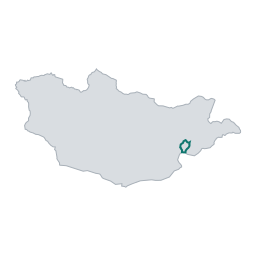 Bayandelger, Sühbaatar, Mongolia shown in context
{"feature_id": "93677404B18322501666911", "entity_name": "Bayandelger", "entity_type": "district", "adm_level": 2, "iso_a3": "MNG", "parent_name": "Mongolia", "parent_adm1": "Sühbaatar", "projection": "orthographic", "projection_center": [112.368, 45.634], "detail": "fine", "context": "in_parent", "style": "outline", "palette": "teal", "viewbox_px": 256, "rotation_deg": 0, "n_neighbors": 0, "source": "geoboundaries", "source_scale": "gbopen_adm2", "svg_char_len": 4116}
<svg xmlns="http://www.w3.org/2000/svg" viewBox="0 0 256 256"><path d="M16.8,82.0L17.6,82.2L19.0,81.6L19.6,80.4L20.2,79.8L23.1,80.3L24.3,81.1L24.7,80.4L25.0,80.3L25.5,81.2L26.2,81.1L26.8,81.0L27.5,80.1L28.4,80.6L30.4,80.0L31.0,78.0L31.8,77.8L33.4,77.8L33.8,77.0L34.2,76.9L35.4,76.9L37.5,76.5L38.5,76.6L39.4,76.0L41.4,75.3L44.1,75.5L44.5,74.9L47.3,73.8L49.8,74.4L50.9,73.0L51.3,72.9L52.5,75.2L53.3,75.2L53.8,74.5L54.8,74.8L54.9,76.2L55.4,76.9L62.7,79.2L62.8,79.7L62.5,82.9L63.6,84.6L63.7,85.3L65.9,85.6L66.8,87.0L68.6,87.3L69.5,87.9L71.5,87.2L71.9,87.3L72.3,87.9L73.3,87.7L74.7,89.1L76.1,89.2L76.6,89.7L77.4,89.5L79.2,90.2L80.4,92.1L81.4,92.2L82.8,91.3L83.3,90.7L85.2,90.6L86.3,90.1L87.1,89.5L88.6,87.3L89.2,84.9L88.4,84.4L87.8,83.4L87.6,82.0L87.7,81.1L87.2,79.6L87.4,78.9L88.1,77.8L88.7,75.9L89.5,74.9L90.8,74.6L91.1,73.8L92.1,72.5L94.2,71.9L95.5,70.5L96.4,68.9L97.2,69.9L99.4,71.5L101.3,72.4L102.4,73.8L106.0,74.7L111.5,78.4L112.8,78.5L116.2,80.1L116.4,80.6L116.1,82.8L116.3,83.4L116.1,85.8L116.6,87.1L116.2,88.5L116.5,89.0L117.4,89.3L118.6,90.9L121.7,92.4L122.6,93.4L124.8,94.3L126.0,94.1L127.8,94.5L128.5,94.4L129.9,93.4L130.7,93.1L135.1,92.7L136.3,92.0L137.1,91.9L140.4,93.0L142.7,94.2L146.1,94.4L147.5,95.7L148.1,97.0L149.4,98.1L154.1,98.8L154.3,99.1L154.1,101.6L154.3,102.0L157.2,104.9L158.6,105.8L163.0,105.9L169.7,107.9L171.3,107.4L172.8,108.3L173.3,108.2L177.8,106.0L178.4,106.2L183.0,105.3L185.9,104.2L188.1,104.3L189.9,103.2L190.6,101.3L193.4,99.0L198.4,96.0L201.5,96.4L203.3,97.3L205.2,99.3L206.3,99.8L208.4,99.9L211.2,98.4L212.7,98.7L214.1,99.2L215.1,100.2L211.1,111.0L211.1,111.7L209.7,113.9L209.6,117.5L207.8,118.8L208.1,120.8L208.6,121.6L210.7,123.5L211.4,123.2L211.9,122.4L213.0,121.6L215.1,121.7L216.9,121.2L219.1,121.8L221.3,123.3L224.0,119.5L226.7,118.9L229.3,119.2L231.4,121.5L233.8,122.4L234.5,123.7L235.5,124.2L235.8,124.9L238.9,127.4L239.6,129.2L240.5,130.4L240.6,131.8L240.5,132.5L239.4,133.3L235.3,133.3L232.9,132.2L232.1,133.0L229.0,132.9L227.3,133.6L226.1,134.2L225.5,135.1L224.9,135.4L224.4,135.4L223.5,134.7L222.6,134.8L222.4,135.0L222.0,137.3L219.4,137.4L218.5,137.2L216.3,138.4L216.0,139.3L214.9,140.5L213.9,142.8L214.2,143.8L213.9,144.4L212.0,145.8L210.1,147.7L206.2,148.5L204.4,148.7L203.0,148.3L201.7,148.7L200.7,150.7L198.1,153.3L194.4,155.8L187.6,154.4L186.8,154.0L185.4,152.5L181.4,152.4L180.3,153.4L179.3,155.0L177.6,159.9L179.1,162.7L180.9,164.6L181.6,165.9L181.6,167.0L180.4,167.5L178.6,169.3L174.3,170.9L169.4,177.0L160.9,180.3L155.7,180.4L151.6,179.8L140.4,180.8L132.9,183.5L127.4,185.8L126.1,187.0L125.5,187.1L124.6,186.5L121.7,186.1L121.9,183.7L115.5,184.4L110.7,181.1L103.7,178.6L102.3,177.8L100.2,174.4L99.0,173.8L95.8,173.3L87.4,170.6L83.2,171.2L66.2,165.7L59.8,165.2L59.6,164.8L59.5,162.8L57.2,159.3L56.9,158.5L57.0,157.3L55.9,150.8L54.6,149.5L55.3,147.0L53.0,146.8L50.7,145.2L48.6,142.9L47.7,141.3L46.0,140.5L44.3,137.6L43.4,136.9L38.4,134.6L35.7,134.3L33.0,132.9L29.9,132.0L29.0,131.2L28.0,131.0L26.5,129.4L25.2,129.3L24.6,125.5L25.5,123.4L26.5,122.3L28.4,120.8L28.6,120.1L28.5,118.2L30.1,115.3L30.3,113.3L30.1,111.0L29.2,110.2L28.6,106.8L28.7,104.4L28.5,102.6L27.3,101.3L27.2,99.7L26.7,99.5L26.3,99.9L25.3,99.8L24.7,98.6L24.4,97.5L24.0,97.1L23.0,96.8L21.9,97.0L21.0,96.5L20.4,95.3L18.6,93.3L18.9,92.2L18.7,91.4L18.1,91.0L17.7,90.1L15.8,88.6L15.9,88.1L16.8,87.2L15.6,85.8L15.4,84.7L16.6,83.8L16.5,82.8L16.8,82.0Z" fill="#d9dde1" stroke="#a8b0b8" stroke-width="1"/><path d="M189.7,142.2L189.0,142.6L188.4,142.6L187.2,142.2L186.8,141.5L185.6,140.1L185.3,140.2L185.2,140.3L183.5,141.3L183.1,142.8L182.6,143.1L182.1,143.5L181.6,143.7L181.1,144.2L180.7,144.5L180.4,146.2L180.4,146.4L180.3,146.8L180.2,147.5L180.5,147.7L181.1,148.2L181.1,148.9L181.8,149.7L182.1,150.2L182.0,150.8L182.0,152.2L182.7,152.1L182.9,152.3L183.0,152.3L183.5,152.4L184.0,152.4L184.3,152.4L184.7,152.4L185.1,152.5L185.2,152.4L185.4,152.3L185.5,152.3L185.7,150.6L187.1,148.8L187.9,148.2L188.4,147.7L188.5,147.6L188.6,147.4L188.8,147.0L189.2,146.6L189.5,145.4L189.5,145.0L189.3,144.7L189.5,144.2L189.5,143.7L189.4,143.3L189.5,143.0L189.7,142.2Z" fill="none" stroke="#0f766e" stroke-width="2"/></svg>